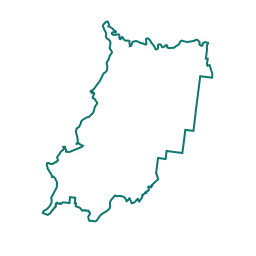 outline of Tea Tree Gully, South Australia, Australia, rotated 191°
{"feature_id": "25037944B97586454911655", "entity_name": "Tea Tree Gully", "entity_type": "district", "adm_level": 2, "iso_a3": "AUS", "parent_name": "Australia", "parent_adm1": "South Australia", "projection": "natural_earth1", "projection_center": [138.716, -34.802], "detail": "fine", "context": "isolated", "style": "outline", "palette": "teal", "viewbox_px": 256, "rotation_deg": 191, "n_neighbors": 0, "source": "geoboundaries", "source_scale": "gbopen_adm2", "svg_char_len": 5767}
<svg xmlns="http://www.w3.org/2000/svg" viewBox="0 0 256 256"><g transform="rotate(191 128 128)"><path d="M200.8,76.3L200.7,76.2L199.7,74.5L199.0,72.4L198.1,71.9L196.3,69.6L195.3,68.9L193.7,66.7L193.2,65.4L192.2,66.1L190.9,65.3L190.0,64.6L188.4,62.6L187.3,61.0L186.6,56.1L190.1,44.7L189.3,43.1L188.8,40.6L189.4,38.0L190.5,35.2L192.3,32.7L194.8,30.5L195.3,29.5L195.4,28.3L190.2,27.4L189.4,28.3L188.3,29.1L187.8,29.9L186.7,32.8L186.2,33.0L185.8,33.8L185.7,34.5L185.3,35.0L184.8,36.4L184.1,36.3L183.9,38.7L184.3,38.7L184.4,40.1L183.6,41.1L181.5,40.4L180.9,40.8L180.7,40.7L180.2,41.2L179.4,40.7L179.2,40.7L177.8,42.6L171.1,43.2L171.8,49.0L166.5,49.5L165.9,43.9L164.7,44.1L164.4,41.2L162.8,41.0L162.1,40.7L161.5,40.8L160.2,40.5L159.2,39.9L157.2,38.1L156.8,38.2L156.2,38.6L154.4,39.2L154.1,39.1L154.0,38.7L151.1,39.3L150.8,38.3L149.9,38.1L149.0,37.1L148.9,36.5L150.0,33.9L150.0,33.1L149.8,32.2L149.3,31.3L148.9,30.4L148.4,29.8L147.8,29.5L146.1,30.0L142.7,30.1L141.8,30.4L141.1,31.2L140.1,33.3L139.4,35.1L138.5,36.9L137.9,37.8L136.4,39.4L133.0,42.4L131.5,44.2L130.8,45.3L130.6,46.6L130.7,47.9L131.4,50.7L131.4,52.0L131.1,53.4L130.6,54.6L128.9,57.4L128.2,58.9L128.1,59.0L127.2,59.3L126.9,59.2L126.7,58.9L125.9,58.9L125.4,59.0L124.4,59.5L122.7,59.8L122.1,59.8L119.7,59.7L119.1,59.6L118.1,59.1L117.0,58.1L115.7,56.2L115.2,55.9L114.7,56.4L114.2,57.3L113.8,58.4L113.3,59.3L113.1,59.3L112.6,58.8L111.9,57.6L110.4,55.4L110.0,54.8L109.8,54.8L107.9,56.0L106.8,57.1L106.4,57.7L106.1,58.6L105.9,59.1L105.5,59.6L104.9,60.2L104.6,60.2L104.1,59.0L103.6,58.4L103.0,58.0L101.0,62.2L101.1,65.2L100.3,65.2L100.0,65.8L99.2,67.1L98.9,67.8L98.4,67.5L98.1,67.5L97.6,67.7L97.7,68.1L97.7,69.2L96.3,70.2L95.8,70.9L95.7,71.4L95.8,71.7L96.9,73.7L96.9,74.0L96.5,74.6L95.4,74.1L94.0,74.1L93.4,75.9L94.0,76.1L88.6,83.6L91.6,88.9L91.8,88.9L92.8,104.3L85.2,104.7L85.7,112.8L69.9,113.8L70.3,121.5L71.4,137.1L63.2,137.7L63.6,142.9L63.6,144.8L63.8,145.7L64.3,152.8L65.0,161.2L64.9,161.2L67.0,192.6L55.2,193.4L55.4,196.7L55.7,197.5L60.0,205.4L61.8,204.3L62.5,205.3L62.7,206.0L63.0,211.2L64.8,211.0L65.5,221.3L66.0,222.1L66.2,224.7L65.7,225.7L65.7,226.7L66.4,226.6L66.9,226.9L67.9,227.1L68.4,227.1L68.7,227.0L69.2,226.5L69.7,226.3L70.9,225.2L71.0,225.1L70.9,224.5L70.6,224.1L70.5,223.7L70.7,223.3L71.2,222.8L71.6,222.8L72.4,222.8L73.1,223.2L73.9,223.8L74.1,224.1L74.0,225.2L74.1,225.9L74.2,226.1L75.9,227.3L76.6,227.6L78.4,227.6L78.7,227.3L79.1,226.5L79.3,226.3L80.8,225.8L82.8,224.9L84.0,224.6L84.4,224.4L86.1,223.8L88.4,223.7L90.9,224.0L92.1,224.0L92.7,223.5L93.2,222.6L93.8,220.0L93.9,219.8L95.8,218.1L97.3,216.6L98.2,215.5L100.6,214.9L101.1,214.9L102.5,214.3L103.8,214.3L105.0,214.7L105.1,214.9L105.1,215.2L105.0,215.9L105.1,216.3L105.6,216.6L106.3,216.7L106.8,216.4L107.4,215.7L108.1,214.6L108.9,214.0L109.8,213.9L110.4,214.4L110.9,214.9L111.3,215.7L111.6,216.0L112.5,216.2L113.5,216.0L113.9,215.8L114.1,215.6L114.3,214.8L114.3,213.9L113.9,212.8L113.9,212.0L114.0,211.3L114.2,211.1L114.7,210.8L115.7,210.5L115.9,210.6L116.2,210.8L116.6,211.6L117.1,212.1L117.3,212.5L118.2,213.5L118.5,213.7L119.1,214.4L120.6,215.5L121.3,216.1L121.7,216.6L121.9,217.0L124.4,219.3L124.8,219.6L126.1,219.7L126.5,219.5L126.7,219.3L127.2,218.9L127.1,217.8L126.9,217.3L126.0,214.2L126.1,213.6L126.6,213.3L127.8,213.3L128.4,213.5L128.7,213.8L129.1,213.9L131.7,213.8L132.5,214.0L133.3,214.4L136.0,214.9L136.4,214.9L137.6,214.6L138.7,214.1L139.1,213.8L139.7,213.5L140.0,213.0L140.2,212.3L140.4,210.3L140.6,209.6L140.8,209.2L141.7,208.8L141.6,209.4L141.9,209.5L142.4,210.5L142.8,211.8L143.0,213.2L143.3,213.7L144.2,213.9L146.2,213.4L147.8,213.5L149.0,214.1L149.8,215.2L150.6,216.0L151.0,216.1L151.4,216.0L151.7,215.8L151.8,214.7L152.1,213.9L152.4,213.7L152.7,213.6L153.3,214.1L153.6,214.6L154.0,216.3L154.0,217.0L154.2,217.4L154.5,217.9L155.1,218.1L155.6,218.1L156.5,217.8L157.6,217.2L158.7,216.9L159.9,216.7L160.8,216.8L161.6,217.2L161.9,217.5L162.0,217.7L161.9,218.3L161.7,218.6L161.3,218.9L160.2,219.3L158.9,219.4L158.4,219.5L158.2,219.9L158.2,220.1L158.3,220.3L158.6,220.7L160.3,221.2L160.9,221.5L162.2,222.6L163.4,223.2L165.3,223.9L166.7,224.0L166.8,224.3L166.4,225.1L166.3,225.6L166.7,226.4L167.9,228.4L168.2,228.6L168.6,228.6L169.8,228.0L171.9,224.8L172.2,223.2L170.8,221.4L170.1,220.0L169.4,219.3L167.5,216.9L167.1,214.9L167.3,213.8L166.9,213.0L166.1,212.0L164.3,211.4L162.5,210.1L161.5,208.4L161.3,206.0L161.4,204.9L161.1,202.8L160.8,202.1L159.8,201.4L159.4,201.0L158.2,199.4L158.4,198.0L159.7,195.7L160.0,192.1L161.5,187.8L160.0,184.5L159.7,180.6L160.6,178.5L162.0,177.4L162.6,176.1L164.8,168.2L165.9,166.2L168.9,159.8L171.7,156.9L170.9,156.4L170.5,155.7L170.3,155.4L170.1,155.3L169.5,155.7L169.4,156.0L169.3,156.6L168.7,156.3L168.1,155.8L167.9,155.4L167.7,154.7L168.6,151.5L168.5,150.9L168.2,150.7L167.9,150.5L166.6,150.4L166.0,149.9L164.9,148.6L163.1,147.0L163.1,146.0L163.3,145.2L164.0,144.0L164.1,143.4L164.6,142.2L164.8,138.2L165.3,135.9L168.3,131.6L168.7,131.3L170.5,130.6L174.4,127.0L175.3,125.1L175.2,123.5L176.3,119.6L176.7,119.2L177.8,118.5L178.5,116.9L178.3,116.2L178.3,115.8L178.6,115.3L178.5,114.8L178.3,114.3L177.7,112.5L176.8,111.1L175.7,108.5L174.8,105.4L174.8,104.6L174.8,104.1L175.2,103.1L175.5,102.7L175.4,102.5L173.5,103.7L172.3,102.9L168.9,101.9L169.3,101.5L169.9,100.5L180.6,93.5L181.0,93.3L182.3,93.1L183.0,93.1L183.8,92.9L184.5,93.0L184.4,93.9L184.5,94.6L185.0,95.2L186.0,95.9L186.1,96.2L186.0,97.1L186.1,97.4L186.2,97.5L186.6,97.5L187.4,97.3L188.0,97.0L186.9,95.6L187.0,95.0L187.5,94.0L188.6,93.1L189.9,91.0L190.1,89.8L192.0,85.9L191.5,84.7L190.5,83.0L191.0,82.3L191.5,81.8L191.6,81.2L191.8,80.9L192.5,80.8L193.2,80.0L194.2,79.3L194.5,78.7L194.8,78.5L197.0,78.0L197.8,78.0L198.0,77.9L198.4,78.0L199.1,78.6L200.0,78.4L200.7,78.1L200.8,76.3Z" fill="none" stroke="#0f766e" stroke-width="2"/></g></svg>